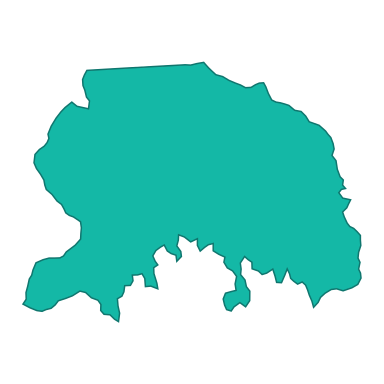 Torrinha, São Paulo, Brazil
{"feature_id": "56859067B22113080966075", "entity_name": "Torrinha", "entity_type": "district", "adm_level": 2, "iso_a3": "BRA", "parent_name": "Brazil", "parent_adm1": "São Paulo", "projection": "albers", "projection_center": [-48.163, -22.448], "detail": "fine", "context": "isolated", "style": "filled", "palette": "teal", "viewbox_px": 384, "rotation_deg": 0, "n_neighbors": 0, "source": "geoboundaries", "source_scale": "gbopen_adm2", "svg_char_len": 2846}
<svg xmlns="http://www.w3.org/2000/svg" viewBox="0 0 384 384"><path d="M86.9,70.4L84.4,75.0L82.6,79.5L83.0,85.6L84.8,90.1L86.5,97.1L89.5,100.9L88.5,108.8L77.0,106.3L71.8,102.1L65.1,107.5L60.9,111.9L56.2,118.0L51.2,126.2L48.0,134.1L48.9,138.4L47.1,142.6L44.2,146.2L39.4,149.5L35.0,154.4L34.0,162.8L36.5,168.6L40.5,174.2L43.9,180.0L44.8,185.0L46.3,189.5L52.0,194.4L54.5,197.7L57.1,201.1L61.5,204.4L63.9,208.7L65.8,212.9L69.3,215.4L73.4,216.9L80.5,221.7L81.4,227.8L80.9,233.2L80.6,239.1L75.2,245.2L69.9,249.2L66.3,251.9L63.5,256.0L59.9,257.9L54.1,258.1L49.0,258.1L43.1,259.7L36.0,262.8L33.0,270.0L31.7,275.2L29.3,279.0L27.7,286.3L26.0,292.6L26.2,299.2L23.0,304.1L30.0,307.8L36.9,310.6L42.1,311.3L46.0,309.6L51.1,308.3L55.2,304.9L58.3,300.8L65.7,298.4L72.4,295.8L79.9,291.1L85.6,292.5L91.4,297.8L97.9,300.2L100.9,304.5L100.7,310.5L104.0,314.3L110.0,314.8L114.5,319.2L118.5,321.6L119.6,313.2L118.0,305.9L117.4,298.7L121.9,296.2L123.9,291.8L124.7,285.7L130.4,285.4L133.0,280.8L132.3,275.1L137.7,274.9L142.0,273.7L144.8,278.5L145.4,286.6L150.8,286.1L157.8,288.8L156.9,283.3L155.5,278.7L153.9,273.5L153.7,267.7L157.8,264.9L155.2,261.3L152.8,255.9L155.9,250.5L160.5,247.1L164.2,245.0L167.3,251.0L171.2,253.6L176.0,255.2L176.8,261.3L181.4,256.5L180.8,251.5L176.8,245.9L178.3,240.2L178.6,234.8L184.4,237.0L190.7,241.9L197.4,238.7L197.4,245.4L200.2,251.1L204.7,247.3L208.4,244.7L213.2,243.5L213.2,250.8L218.8,254.3L224.9,257.1L223.9,262.2L227.3,267.9L232.6,270.9L236.6,276.4L235.1,284.0L236.1,290.4L231.1,291.6L225.5,293.2L223.2,299.0L224.6,305.1L226.6,309.6L231.2,311.0L234.0,306.9L239.9,302.6L245.6,306.8L249.7,300.7L249.8,291.1L246.4,286.7L245.0,280.0L240.6,274.6L241.1,269.1L240.3,263.0L244.6,256.5L248.2,259.7L251.9,262.2L252.1,268.8L258.4,271.0L262.1,274.5L266.7,273.1L272.8,269.1L275.1,276.3L276.6,282.4L281.5,282.7L284.8,275.1L287.2,268.9L289.5,273.7L290.7,278.4L293.7,281.2L297.6,284.1L302.2,282.0L305.6,285.1L307.6,289.9L309.3,295.1L311.9,301.1L313.6,307.3L318.1,302.4L320.5,297.4L325.1,293.2L331.2,289.5L336.6,288.8L343.1,290.8L351.9,287.8L357.8,284.4L361.0,278.1L360.5,273.1L358.6,269.1L360.0,262.3L358.0,258.1L358.6,252.3L360.8,245.5L360.4,240.0L360.4,235.4L357.1,231.7L353.7,228.4L349.8,226.5L347.2,223.2L344.2,216.8L342.6,212.0L346.8,207.8L348.5,204.0L350.6,199.8L342.7,198.1L338.8,192.7L341.4,189.4L345.5,188.5L342.6,185.1L343.3,180.0L340.1,176.8L337.3,169.3L336.0,160.7L332.0,155.5L334.1,149.0L333.1,143.6L330.8,137.5L328.0,134.4L325.6,131.1L319.1,125.3L309.2,121.8L305.7,116.1L301.1,111.5L294.7,110.3L288.9,105.4L284.6,104.0L280.3,102.8L276.0,102.1L271.7,100.0L268.3,93.4L265.8,86.8L263.6,82.8L259.3,83.1L255.5,84.7L251.1,87.4L245.5,87.7L240.5,85.0L235.4,83.1L228.8,80.3L222.7,76.6L215.8,74.7L211.5,70.7L208.3,67.6L203.7,62.4L196.8,63.6L190.7,65.1L185.2,64.8L126.0,68.1L86.9,70.4Z" fill="#14b8a6" stroke="#0f766e" stroke-width="1.5"/></svg>